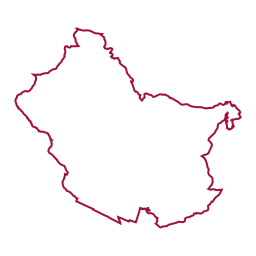 the district of Bodoc, Covasna, Romania
{"feature_id": "2599482B10512922850096", "entity_name": "Bodoc", "entity_type": "district", "adm_level": 2, "iso_a3": "ROU", "parent_name": "Romania", "parent_adm1": "Covasna", "projection": "mercator", "projection_center": [25.837, 45.981], "detail": "fine", "context": "isolated", "style": "outline", "palette": "rose", "viewbox_px": 256, "rotation_deg": 0, "n_neighbors": 0, "source": "geoboundaries", "source_scale": "gbopen_adm2", "svg_char_len": 5758}
<svg xmlns="http://www.w3.org/2000/svg" viewBox="0 0 256 256"><path d="M240.6,117.5L239.9,115.7L238.7,114.0L239.4,113.0L240.2,112.7L239.7,111.0L236.4,108.0L235.4,106.1L234.6,105.4L233.4,104.9L233.2,106.0L232.6,106.3L231.7,105.6L230.4,102.7L230.3,101.8L228.0,102.4L227.3,101.9L226.2,102.1L226.7,102.9L226.8,103.5L226.0,103.5L225.3,103.0L224.9,104.2L223.3,105.0L221.0,103.8L219.6,103.5L219.2,103.7L218.9,104.3L217.8,105.2L214.5,106.1L213.5,107.4L210.7,108.0L209.0,107.9L207.7,108.2L205.7,108.4L201.1,107.2L196.5,107.1L192.1,106.5L190.2,105.9L187.8,104.4L186.2,104.2L182.5,104.7L181.0,104.3L178.3,102.1L172.6,98.7L170.0,97.5L169.9,97.8L168.2,96.1L165.4,94.8L164.3,94.5L163.6,94.8L161.6,94.5L161.2,94.3L160.0,94.3L158.6,94.7L156.5,95.9L153.5,97.1L151.4,95.1L148.9,94.6L146.2,93.4L144.5,93.9L144.4,95.6L144.6,97.5L143.3,98.5L142.0,100.5L140.4,99.0L139.6,97.6L139.9,96.8L139.9,96.0L140.5,95.4L140.5,95.1L138.7,94.4L137.3,92.1L136.4,91.6L135.5,91.7L134.3,90.2L132.6,84.6L131.1,81.9L131.1,81.4L132.1,81.9L132.6,81.7L133.0,80.2L132.8,79.2L130.5,77.5L129.1,75.5L127.4,73.6L126.9,72.4L126.1,68.9L125.0,67.1L122.8,65.8L120.2,63.6L119.6,62.4L120.0,61.5L118.3,59.0L118.3,58.4L117.8,57.9L116.9,58.2L115.7,58.1L114.5,58.7L114.0,58.7L113.4,57.8L112.0,57.8L111.1,56.5L112.5,55.5L112.7,54.8L112.6,54.4L111.6,53.3L110.0,53.0L110.0,52.8L110.3,52.2L111.0,51.8L112.2,49.3L112.2,48.7L111.2,48.2L109.5,48.2L108.4,48.9L107.6,48.7L107.0,49.0L106.3,48.8L105.5,48.2L104.8,48.2L104.1,46.8L105.4,45.2L105.6,42.4L104.8,39.9L104.3,39.0L104.1,37.4L101.2,35.0L102.0,34.0L99.7,34.0L99.0,33.6L97.6,33.4L95.8,33.4L94.3,32.9L90.0,30.7L86.4,30.3L84.2,30.6L82.7,30.4L79.1,29.5L78.1,28.8L77.4,28.7L76.8,28.7L76.9,28.8L77.3,29.2L77.6,30.1L74.3,33.6L73.8,35.0L73.9,36.1L74.7,37.8L75.5,38.7L75.6,41.2L76.9,43.5L77.6,45.0L78.5,46.1L74.5,46.3L70.9,46.2L70.4,47.4L69.7,47.5L67.7,47.2L67.4,46.7L66.7,46.1L65.0,46.8L64.7,49.0L65.3,51.1L65.3,52.7L64.4,54.7L64.7,56.1L64.4,56.4L64.2,57.4L62.5,59.6L61.1,62.2L59.5,63.5L58.8,64.8L58.3,65.1L56.7,67.3L56.4,68.4L55.4,69.1L53.1,69.3L49.4,71.5L48.9,72.4L47.7,73.1L44.9,73.3L42.0,73.9L40.2,75.0L38.5,74.5L36.2,74.9L33.6,74.6L35.8,76.5L36.1,79.8L35.3,81.0L34.8,83.3L34.1,84.8L32.7,86.2L31.9,88.0L29.4,90.9L27.7,91.5L25.8,91.1L24.4,91.3L21.7,92.8L21.0,94.1L18.8,94.6L17.1,95.9L16.8,97.9L16.1,98.3L15.5,100.1L15.4,100.2L15.7,102.3L16.4,103.7L16.6,105.3L17.2,105.9L17.4,106.7L18.4,107.1L18.5,107.4L18.2,107.9L18.4,108.5L20.0,109.3L21.1,110.5L21.2,110.9L21.7,111.1L22.7,112.2L23.4,113.5L27.3,117.3L27.5,117.6L27.3,118.2L27.8,118.8L28.6,119.1L29.2,120.8L30.4,121.1L30.7,122.3L31.4,123.0L31.2,123.8L31.8,124.3L32.5,126.4L35.6,127.4L36.0,127.9L37.0,128.2L37.4,129.2L38.7,130.4L38.8,131.3L39.7,131.2L40.4,131.6L43.3,131.7L43.8,132.1L46.5,132.7L47.0,133.3L47.6,133.3L48.2,133.7L48.8,135.4L49.6,136.1L49.5,136.4L49.6,137.0L50.5,138.3L50.3,138.9L50.8,139.1L50.7,139.4L50.8,139.8L51.2,140.0L51.1,140.5L51.6,140.5L51.2,140.9L51.6,142.2L51.4,143.3L51.7,143.7L51.7,144.7L51.1,146.7L49.9,147.4L48.5,149.7L48.5,151.6L49.4,152.9L52.3,154.8L56.6,159.6L56.9,159.6L57.7,161.3L59.7,163.5L61.2,164.6L64.3,166.0L64.8,166.7L66.3,170.4L67.8,172.5L67.0,174.6L64.9,174.0L64.9,175.2L65.2,175.4L64.7,176.2L64.2,178.2L62.5,182.1L62.7,184.1L63.4,186.7L64.2,187.9L65.7,189.0L66.0,189.8L67.0,191.0L68.8,191.5L70.0,192.2L72.2,194.3L73.0,195.5L74.4,196.0L76.7,198.4L77.4,198.5L76.2,201.2L86.8,206.2L93.2,209.0L92.9,209.5L104.2,215.1L106.9,216.2L110.9,218.6L120.3,223.4L119.9,221.3L118.7,219.1L118.2,217.0L128.8,221.5L129.6,220.2L135.8,222.3L139.2,211.8L140.0,208.2L140.7,208.7L141.1,208.3L141.7,208.3L142.5,208.6L142.4,209.1L142.7,209.2L144.0,209.1L144.5,208.6L145.0,208.6L145.5,209.0L146.3,208.7L146.5,209.1L147.1,208.4L148.1,208.1L148.0,209.3L148.1,209.7L149.5,210.0L149.6,210.4L149.0,210.7L146.7,210.5L146.4,210.9L146.6,211.4L148.6,213.4L150.7,213.1L153.0,213.8L153.5,214.3L155.7,217.2L157.4,217.8L157.5,218.2L156.8,219.3L157.4,221.0L156.3,223.1L155.7,223.6L159.5,226.9L160.4,227.3L161.2,227.3L162.5,226.5L164.0,226.5L165.1,226.1L167.0,226.1L167.6,225.4L169.1,224.6L176.6,222.7L178.4,221.7L182.9,222.2L183.4,222.0L184.5,221.4L185.0,220.0L185.1,218.8L185.7,218.0L186.7,217.5L187.4,217.5L190.6,216.6L191.5,215.9L193.1,215.4L193.5,215.1L193.8,214.0L194.2,213.5L196.0,213.6L196.3,213.0L196.6,213.0L200.9,213.6L202.2,213.0L203.7,211.6L207.4,210.4L208.2,209.5L208.4,208.7L208.2,207.6L208.1,205.7L208.3,205.5L210.2,204.1L210.4,203.5L211.7,201.6L212.7,201.7L214.3,199.1L215.7,197.4L219.1,194.7L221.4,190.6L221.8,189.6L217.7,190.1L216.0,190.0L214.5,189.3L212.2,189.3L211.0,189.7L210.0,189.6L208.4,189.0L209.2,188.2L209.9,186.7L211.6,185.0L212.1,183.8L212.7,181.7L212.4,178.6L212.2,177.8L211.5,177.0L210.0,175.8L208.8,174.3L208.4,173.5L208.2,172.4L208.7,169.3L207.5,167.2L207.1,164.5L205.9,160.8L204.3,158.0L201.8,156.1L204.0,155.1L207.4,154.0L208.4,153.2L211.6,146.3L211.9,145.0L211.7,143.9L210.4,142.1L208.6,140.2L208.6,139.2L209.1,138.3L214.7,132.9L215.0,132.1L216.1,130.1L217.2,128.7L217.6,127.7L217.8,125.0L218.0,124.3L219.6,123.1L220.9,122.8L222.2,121.2L224.7,120.1L224.9,118.8L225.6,117.6L225.6,115.4L225.7,114.7L226.2,114.1L227.5,112.8L227.6,113.0L227.7,113.3L226.9,115.1L226.8,115.8L227.0,116.3L226.8,116.6L227.1,117.2L226.9,117.5L228.7,117.5L227.0,117.8L226.4,118.5L226.6,120.8L226.5,121.0L227.3,120.9L227.4,121.7L226.1,122.2L226.0,122.6L226.4,123.1L226.4,124.1L227.0,125.2L227.0,127.9L227.3,128.5L228.6,128.6L228.7,129.2L229.3,129.0L229.7,129.4L230.1,129.4L232.5,127.9L232.6,127.0L232.2,126.7L232.2,126.4L232.3,126.3L232.8,126.2L233.6,126.7L233.8,126.6L233.8,126.3L232.9,125.2L233.0,124.5L232.6,123.5L232.4,122.1L232.7,120.4L231.3,120.4L231.2,120.3L231.6,119.9L232.4,119.6L233.0,119.8L236.1,118.9L238.4,118.9L238.8,118.5L239.2,118.5L240.6,117.5Z" fill="none" stroke="#9f1239" stroke-width="2"/></svg>